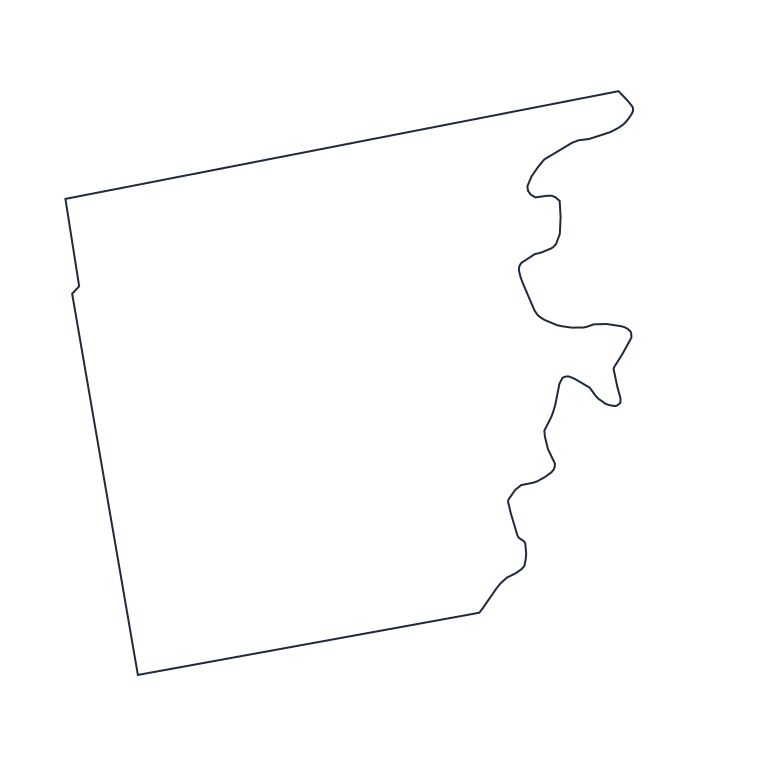 the district of Grayson, Texas, United States of America, rotated 79°
{"feature_id": "52423323B81583627867323", "entity_name": "Grayson", "entity_type": "district", "adm_level": 2, "iso_a3": "USA", "parent_name": "United States of America", "parent_adm1": "Texas", "projection": "natural_earth1", "projection_center": [-96.674, 33.679], "detail": "fine", "context": "isolated", "style": "outline", "palette": "slate", "viewbox_px": 768, "rotation_deg": 79, "n_neighbors": 0, "source": "geoboundaries", "source_scale": "gbopen_adm2", "svg_char_len": 1524}
<svg xmlns="http://www.w3.org/2000/svg" viewBox="0 0 768 768"><g transform="rotate(79 384 384)"><path d="M235.9,672.9L622.6,681.1L626.7,334.1L622.7,329.6L606.0,312.5L601.7,307.3L597.5,300.4L595.1,291.5L593.9,288.4L591.9,284.2L589.5,281.0L583.0,278.3L577.7,276.8L567.7,275.8L565.6,276.2L560.7,281.0L558.2,281.9L535.1,284.2L522.9,284.7L521.1,283.8L512.9,275.3L509.4,268.6L509.4,256.8L508.8,252.3L506.0,243.7L502.6,236.5L500.2,233.6L498.0,232.3L494.8,231.4L479.1,235.5L466.1,236.1L460.4,235.5L448.3,226.1L443.2,223.0L436.1,219.4L417.3,211.8L412.0,207.6L411.4,205.4L411.6,201.9L412.3,200.3L415.3,195.9L426.9,182.7L435.7,178.7L439.4,176.3L445.6,170.4L447.9,166.6L449.7,161.6L449.6,159.2L447.5,155.5L447.0,155.4L443.2,154.6L430.7,155.5L412.9,155.8L411.3,154.8L399.3,143.6L385.7,132.3L381.8,131.7L379.5,132.0L376.5,134.2L374.1,137.0L372.5,140.3L367.6,154.0L365.5,166.6L366.6,174.6L366.6,177.6L364.4,189.2L361.4,197.9L359.3,202.9L351.6,214.4L347.4,218.7L344.3,220.7L340.6,222.2L311.7,228.5L304.9,229.6L298.4,229.9L294.4,228.8L291.7,226.6L290.6,224.4L285.3,211.3L285.0,204.8L282.9,194.4L282.1,192.1L279.6,188.5L270.3,182.8L254.4,178.9L237.8,176.6L233.3,180.2L231.2,183.4L230.3,188.4L229.7,199.8L226.0,203.9L221.9,205.8L217.2,205.5L208.3,199.5L200.7,191.7L194.1,183.8L183.2,153.7L181.9,146.8L182.6,135.9L180.0,114.3L177.5,105.5L175.1,100.0L173.2,97.0L169.8,92.9L165.6,88.8L163.6,87.6L160.6,86.9L158.7,87.4L151.9,91.1L149.7,92.5L141.3,97.9L141.5,661.4L229.9,664.6L235.9,672.9Z" fill="none" stroke="#1e293b" stroke-width="2"/></g></svg>